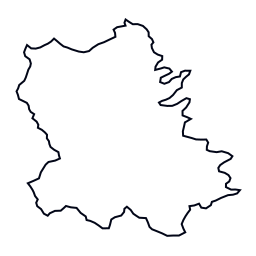 outline of Santa Branca, São Paulo, Brazil, rotated 89°
{"feature_id": "56859067B45307591425781", "entity_name": "Santa Branca", "entity_type": "district", "adm_level": 2, "iso_a3": "BRA", "parent_name": "Brazil", "parent_adm1": "São Paulo", "projection": "equal_earth", "projection_center": [-45.869, -23.418], "detail": "fine", "context": "isolated", "style": "outline", "palette": "ink", "viewbox_px": 256, "rotation_deg": 89, "n_neighbors": 0, "source": "geoboundaries", "source_scale": "gbopen_adm2", "svg_char_len": 2678}
<svg xmlns="http://www.w3.org/2000/svg" viewBox="0 0 256 256"><g transform="rotate(89 128 128)"><path d="M43.3,227.5L47.2,229.3L50.5,230.6L54.4,229.5L57.6,225.2L61.8,224.0L64.8,224.7L67.9,226.6L72.3,228.1L75.7,229.3L79.0,230.9L83.1,236.0L86.6,237.2L89.4,238.8L92.9,237.5L97.1,236.5L99.4,232.0L101.1,228.7L103.9,227.0L107.5,226.5L110.2,225.0L112.5,221.6L116.6,223.4L120.1,219.2L123.2,217.6L126.2,218.1L128.3,214.2L130.9,211.2L133.3,209.1L136.9,209.3L139.8,207.3L142.6,206.9L145.6,205.8L148.5,202.2L150.9,198.0L154.2,197.5L157.3,196.6L159.3,201.4L160.6,208.1L163.2,211.0L166.3,213.0L170.8,215.9L176.8,217.9L179.2,223.4L181.5,229.1L184.7,226.7L188.1,224.6L190.6,223.4L194.4,222.1L197.8,219.5L201.2,221.1L204.6,220.1L207.6,216.3L212.2,213.6L214.3,209.8L211.9,207.7L209.6,202.5L209.5,196.7L207.0,193.7L204.9,191.4L206.3,186.6L207.0,180.8L212.1,176.8L215.7,171.8L219.3,171.0L220.2,167.4L222.2,163.0L224.9,159.1L227.9,155.2L227.9,148.9L224.5,147.7L219.2,146.3L217.0,142.7L215.4,136.3L211.9,133.4L208.7,133.0L206.7,130.5L210.0,126.7L213.8,124.2L215.8,121.4L217.9,118.3L218.4,111.6L222.6,109.8L227.3,108.2L229.7,105.7L231.4,101.6L233.9,95.8L236.5,90.7L236.3,84.6L236.4,78.9L233.3,72.6L229.5,74.4L225.0,76.0L220.9,74.2L217.3,72.1L214.1,69.9L210.8,67.3L207.2,67.9L206.6,63.1L204.9,58.3L208.9,56.1L209.7,51.4L206.6,46.5L203.3,45.4L202.1,41.6L199.5,36.1L196.9,29.2L196.5,24.1L195.3,20.0L192.1,17.2L191.4,21.5L191.4,26.0L188.8,31.1L185.5,31.0L183.2,27.7L179.9,26.4L176.8,28.4L174.5,32.1L172.9,37.7L169.5,38.4L166.7,36.5L164.0,32.5L160.7,25.9L158.0,24.1L154.9,28.3L152.9,34.7L153.7,39.8L152.6,46.7L151.2,49.6L147.7,49.4L144.0,48.1L140.9,49.9L140.9,54.9L140.6,60.2L139.1,64.6L136.7,73.0L132.3,73.2L127.6,72.0L123.4,71.0L120.0,65.0L118.2,68.7L116.4,73.2L111.9,73.2L108.5,69.5L103.4,66.1L100.3,65.6L99.2,69.1L101.9,74.0L104.7,78.4L106.6,83.3L106.6,88.3L105.6,95.0L103.1,96.6L101.5,93.5L100.4,89.7L98.8,86.0L95.8,82.4L91.0,78.5L88.5,73.5L84.0,73.4L80.4,71.9L78.0,69.3L75.5,66.1L71.8,64.7L71.7,70.1L73.1,74.0L77.4,75.2L78.0,79.4L79.7,83.4L82.8,86.2L84.4,90.9L82.6,95.1L78.3,94.3L76.2,89.8L74.5,86.0L72.4,83.1L69.3,85.6L68.0,90.7L69.1,94.3L70.4,99.8L67.2,99.4L63.0,96.8L60.3,92.7L56.7,92.5L55.1,97.0L52.7,100.7L48.5,102.7L45.1,103.1L42.8,101.1L39.5,102.5L36.6,105.7L32.7,105.7L29.7,107.6L26.2,111.3L24.3,116.5L24.3,121.4L21.9,125.1L19.5,128.5L22.7,129.7L25.6,128.7L26.4,133.4L27.0,137.1L29.4,140.7L32.7,139.3L36.6,139.0L39.1,144.6L41.8,150.5L43.7,156.2L47.2,161.9L50.4,165.6L51.5,170.9L50.7,175.9L48.4,182.9L46.5,187.2L45.3,191.0L42.5,194.5L39.7,197.6L37.3,200.4L40.2,203.4L42.3,206.7L43.7,210.0L45.9,214.3L47.0,218.9L46.7,223.4L43.3,227.5Z" fill="none" stroke="#020617" stroke-width="2"/></g></svg>